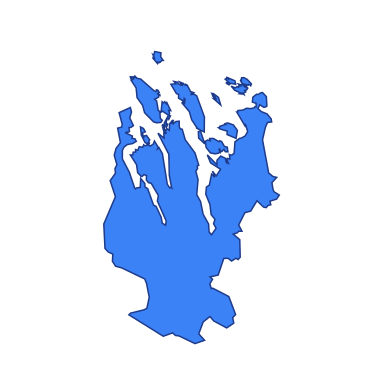 Meløy nor, Nordland, Norway (Mercator projection), rotated 72°
{"feature_id": "86288312B75314465532393", "entity_name": "Meløy nor", "entity_type": "district", "adm_level": 2, "iso_a3": "NOR", "parent_name": "Norway", "parent_adm1": "Nordland", "projection": "mercator", "projection_center": [13.563, 66.788], "detail": "fine", "context": "isolated", "style": "filled", "palette": "blue", "viewbox_px": 384, "rotation_deg": 72, "n_neighbors": 0, "source": "geoboundaries", "source_scale": "gbopen_adm2", "svg_char_len": 6048}
<svg xmlns="http://www.w3.org/2000/svg" viewBox="0 0 384 384"><g transform="rotate(72 192 192)"><path d="M195.2,285.8L218.8,292.2L223.2,290.2L226.6,286.5L233.3,289.1L239.0,287.6L242.2,282.6L260.1,263.8L264.9,263.5L278.9,265.2L288.7,270.9L289.2,274.2L288.2,287.9L289.3,290.0L320.3,263.9L320.0,254.0L323.3,252.1L324.9,248.8L337.1,236.0L336.9,225.9L329.0,229.4L319.0,221.5L316.0,213.4L321.3,211.2L332.0,201.0L329.6,192.8L324.0,192.1L322.0,188.4L302.8,189.3L289.9,202.0L289.8,203.5L284.8,203.4L281.3,199.4L278.3,201.1L279.1,192.8L265.0,182.3L266.2,178.2L269.9,175.7L268.6,170.7L270.5,169.0L268.9,166.3L252.1,161.3L244.8,165.8L244.8,161.5L243.8,159.7L244.7,156.6L237.8,157.8L228.0,148.1L228.3,142.1L220.4,132.9L228.5,128.6L229.8,126.3L228.3,123.8L228.5,121.0L224.8,120.7L224.9,113.8L221.9,109.9L217.0,114.0L214.2,114.1L207.8,113.1L204.3,106.9L202.3,110.2L197.5,113.2L164.2,108.8L153.3,102.3L149.2,98.7L150.0,94.6L147.0,94.1L140.9,96.5L136.8,101.4L132.9,103.5L130.0,100.6L133.6,97.6L133.9,96.0L133.4,94.2L124.2,91.8L119.2,94.2L118.9,95.9L119.7,98.8L119.0,100.4L120.6,104.8L125.1,106.8L127.6,103.6L130.9,104.8L130.4,106.1L131.2,107.1L130.8,110.5L129.2,114.2L129.8,118.4L128.7,123.2L130.2,123.9L129.8,124.7L145.4,121.2L144.3,120.5L144.9,120.2L151.8,120.4L155.1,124.1L156.0,128.6L155.7,130.2L157.5,135.6L168.2,140.0L169.3,142.9L167.9,144.9L172.3,145.7L170.9,148.2L171.4,148.8L176.1,148.5L174.7,150.2L170.2,149.9L166.7,153.5L169.5,158.4L173.7,159.9L161.4,166.0L170.1,165.3L179.2,157.8L184.2,164.0L178.5,166.1L184.9,165.8L181.1,167.9L190.7,173.3L191.8,176.8L198.4,179.6L209.4,178.8L219.4,180.8L225.1,178.6L228.8,181.3L233.9,180.3L238.7,186.6L235.3,188.1L227.6,186.1L216.5,188.3L203.8,186.8L196.0,188.3L182.0,182.4L173.3,181.9L171.5,179.5L168.9,179.1L168.7,177.3L155.7,177.1L140.2,182.3L129.3,181.9L128.1,183.8L125.8,183.9L120.7,182.3L120.0,185.5L120.8,187.8L120.6,188.0L120.0,187.6L119.7,187.5L121.4,188.8L120.4,190.0L118.2,187.7L117.8,188.5L120.3,192.2L126.4,194.6L123.9,196.3L126.2,198.7L121.9,198.5L121.6,199.9L126.9,200.1L127.7,198.4L128.2,198.6L127.5,200.7L132.1,201.9L125.5,206.2L149.0,202.4L169.4,208.5L181.4,210.0L180.5,210.4L181.4,210.3L180.9,210.7L181.3,211.9L177.0,213.1L146.4,208.3L139.6,209.7L140.3,211.4L138.8,210.3L131.9,212.0L134.3,213.8L135.4,217.2L134.1,219.0L131.8,216.9L133.6,220.7L133.4,222.6L132.2,223.4L134.2,225.0L132.6,228.2L135.5,230.6L134.2,232.6L136.5,233.1L136.0,235.7L138.5,236.8L137.7,239.2L148.8,236.3L156.8,237.7L161.4,235.5L161.8,234.7L160.6,232.3L162.4,230.2L166.3,231.7L169.7,230.5L171.1,228.1L185.0,225.1L189.9,227.7L211.7,225.5L215.4,227.4L212.5,229.9L206.4,229.1L194.5,230.6L192.7,232.6L175.1,233.1L172.6,235.2L169.4,234.2L163.2,236.6L171.6,239.8L171.0,243.6L171.7,244.7L170.3,245.3L153.8,245.5L139.0,248.0L130.8,245.3L128.2,242.7L126.9,238.8L127.6,233.5L126.6,229.3L123.8,229.8L122.4,232.5L120.4,231.4L115.3,236.8L114.7,236.0L115.4,234.1L115.3,233.0L115.0,232.7L111.3,232.1L111.7,230.1L110.8,227.2L102.3,228.3L97.2,224.8L92.6,224.5L94.0,236.8L106.3,237.5L108.5,238.8L108.3,243.0L122.9,244.8L127.1,250.8L133.0,254.6L142.9,255.0L145.9,258.0L150.5,259.0L155.9,266.3L172.8,266.3L195.2,285.8ZM90.3,192.7L88.8,192.4L89.7,193.1L87.9,194.5L87.3,192.4L84.6,193.0L83.9,194.2L85.0,194.3L85.0,195.7L83.9,196.9L68.7,205.9L66.8,209.2L64.0,210.5L64.8,211.5L63.3,215.0L64.5,215.2L65.4,212.6L64.7,211.8L65.6,211.4L67.0,214.5L65.7,214.9L66.8,215.4L75.8,213.0L85.3,215.1L94.3,212.2L101.9,212.6L113.6,206.8L115.3,204.2L116.2,200.1L114.6,198.1L112.3,199.4L106.5,198.0L106.6,197.3L106.5,196.7L104.0,198.9L94.5,197.5L92.2,198.8L91.5,194.5L89.6,193.6L90.3,192.7ZM124.5,157.0L102.0,157.8L99.7,159.7L99.0,162.7L98.0,161.9L98.3,160.3L98.1,159.6L95.9,162.4L89.0,163.5L87.1,165.2L89.2,164.6L86.4,166.7L87.1,167.8L87.1,168.4L85.9,166.9L83.6,169.6L87.3,168.6L86.8,169.4L84.6,171.9L83.3,171.4L81.3,175.0L84.1,173.9L83.0,178.8L93.6,176.4L95.1,174.6L98.6,175.8L103.4,171.7L100.6,170.5L101.6,169.9L105.4,171.8L103.6,173.0L104.2,174.0L114.8,169.7L123.2,170.0L133.3,167.2L132.2,167.8L132.7,167.9L138.7,161.8L124.5,157.0ZM164.9,145.4L160.2,144.6L158.7,147.1L153.2,148.2L151.8,149.8L152.5,150.8L147.7,155.1L146.6,158.7L148.9,158.8L147.4,161.0L147.9,163.7L154.0,164.8L160.4,162.5L162.8,158.4L163.3,154.8L162.7,153.5L163.9,152.6L160.0,153.3L159.6,152.5L162.3,152.0L162.6,150.8L161.3,148.4L164.0,147.9L164.9,145.4ZM147.4,129.8L141.0,131.9L137.4,136.6L137.2,138.5L138.3,138.9L137.3,140.0L138.1,140.6L138.1,145.2L139.2,145.9L139.0,146.9L140.7,145.9L145.0,139.7L148.2,140.9L154.6,133.5L147.4,129.8ZM108.1,187.1L99.2,188.3L100.1,189.2L97.7,190.0L98.5,191.5L96.9,192.5L106.4,196.7L105.7,195.3L111.7,190.7L118.0,197.2L120.1,197.5L119.0,199.1L119.8,199.8L122.5,196.2L120.0,194.1L119.3,194.8L120.6,196.2L116.5,194.3L113.7,192.0L115.7,191.6L112.9,189.0L111.9,190.6L110.5,189.0L107.2,189.0L108.1,187.1ZM110.5,106.9L107.8,109.8L106.5,109.6L108.4,107.5L107.2,107.7L104.9,110.4L107.0,110.1L104.4,110.8L105.6,111.4L103.7,114.5L105.8,113.6L105.2,114.5L106.8,115.3L105.7,116.6L106.3,118.7L103.4,122.0L108.4,120.0L112.9,115.1L113.2,116.5L114.4,113.9L112.8,114.3L115.3,112.4L113.8,112.5L113.4,109.9L111.7,110.5L111.8,108.5L110.5,106.9ZM50.0,178.5L46.9,184.1L50.1,186.2L49.4,186.7L52.9,186.4L52.0,187.4L52.7,187.8L59.0,185.2L57.8,184.7L58.3,183.3L58.8,184.5L58.8,182.2L57.6,180.3L58.0,178.7L53.7,180.0L50.0,178.5ZM129.4,216.1L124.1,217.8L123.9,220.6L124.8,220.9L124.3,221.3L120.6,220.8L120.3,217.8L116.6,218.5L114.2,220.9L122.2,222.6L130.3,221.4L132.6,219.6L129.4,216.1ZM108.4,102.1L107.1,102.3L101.8,104.8L99.2,107.4L98.7,109.6L101.7,110.8L100.6,111.0L101.1,111.5L104.4,110.7L107.8,105.6L107.2,105.1L107.7,104.0L109.1,103.3L107.9,102.4L108.4,102.1ZM150.2,165.0L136.9,165.1L136.5,167.3L142.8,169.0L150.2,165.0ZM103.1,117.2L99.5,116.8L93.2,124.0L95.3,122.0L96.2,122.4L94.6,123.8L94.9,125.6L100.1,122.5L98.6,125.4L99.3,125.7L101.5,123.7L100.7,121.5L103.1,117.2ZM118.1,137.8L110.2,137.6L105.1,141.2L104.6,142.2L107.6,140.5L105.5,142.6L107.4,142.5L108.2,141.2L109.2,140.1L108.2,142.5L111.5,139.7L110.0,142.6L118.1,137.8Z" fill="#3b82f6" stroke="#1e3a8a" stroke-width="1.5"/></g></svg>